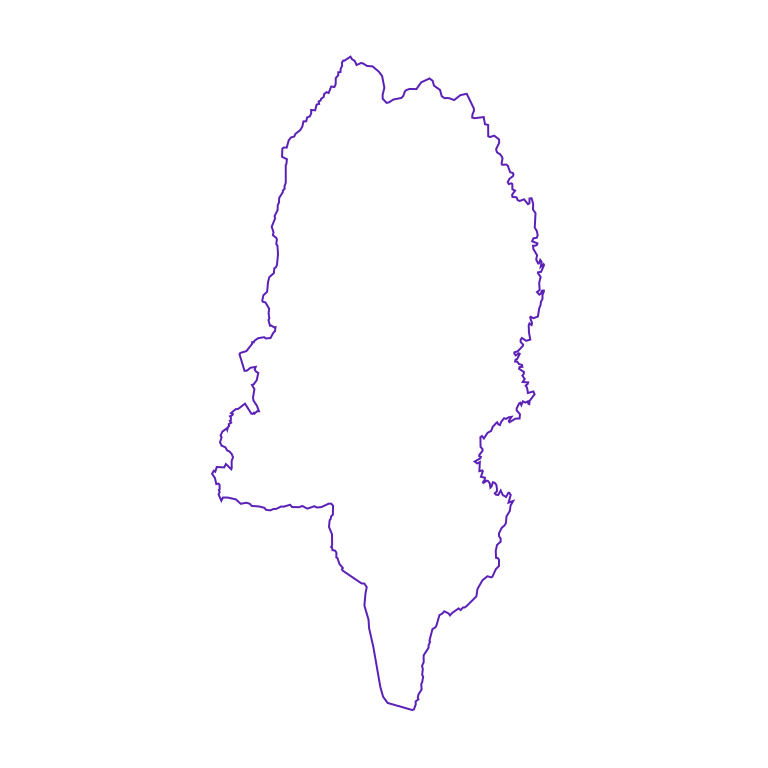 outline of Kamonyi, Southern, Rwanda, rotated 14°
{"feature_id": "39286606B23352434464252", "entity_name": "Kamonyi", "entity_type": "district", "adm_level": 2, "iso_a3": "RWA", "parent_name": "Rwanda", "parent_adm1": "Southern", "projection": "equal_earth", "projection_center": [29.885, -2.028], "detail": "fine", "context": "isolated", "style": "outline", "palette": "violet", "viewbox_px": 768, "rotation_deg": 14, "n_neighbors": 0, "source": "geoboundaries", "source_scale": "gbopen_adm2", "svg_char_len": 6127}
<svg xmlns="http://www.w3.org/2000/svg" viewBox="0 0 768 768"><g transform="rotate(14 384 384)"><path d="M489.7,181.6L486.3,178.6L485.2,173.2L482.3,168.1L480.3,168.8L481.4,173.4L480.2,174.7L475.2,170.9L471.3,173.6L469.3,173.3L467.4,170.8L463.4,171.4L462.5,169.3L464.4,164.7L461.5,164.0L460.1,158.9L458.9,158.5L456.7,159.8L455.2,158.2L456.1,154.5L458.8,151.1L459.0,149.5L458.1,148.2L455.1,147.9L451.3,142.2L449.4,141.5L445.7,142.7L444.8,141.9L444.4,136.4L443.6,135.1L441.1,133.0L437.8,132.0L436.5,130.2L436.0,128.7L437.4,122.2L436.5,118.9L430.9,116.4L426.9,118.8L425.2,118.4L422.4,107.5L419.1,107.5L416.2,100.9L407.5,104.2L405.1,104.1L404.6,100.9L405.2,97.1L404.5,94.9L394.1,82.4L388.3,85.2L383.4,91.5L377.5,90.9L373.6,92.0L370.4,90.8L367.2,85.1L360.3,82.4L357.9,78.1L354.3,76.5L347.1,82.3L344.1,90.0L337.5,91.5L334.7,93.3L333.5,94.9L333.0,99.9L331.7,102.2L324.3,105.7L320.6,109.6L318.5,110.6L313.7,107.5L312.7,103.7L312.7,96.5L307.7,85.7L303.3,82.1L296.0,78.6L290.6,79.5L286.0,78.0L284.1,78.1L280.2,81.1L277.4,77.6L274.4,76.6L272.3,74.5L267.3,79.9L266.3,80.0L265.4,82.3L266.4,85.4L265.7,88.8L266.3,91.9L264.2,92.6L264.9,95.6L263.2,98.8L264.6,105.0L264.0,107.9L260.8,108.1L259.9,115.0L257.5,114.8L255.8,117.1L256.0,120.2L254.0,122.4L254.0,124.1L252.2,125.7L253.3,127.9L251.0,129.2L251.0,135.1L247.0,135.8L247.9,139.0L247.3,142.3L244.9,144.0L245.0,147.9L242.3,148.7L242.5,153.8L241.3,157.9L237.5,162.8L237.1,165.5L234.1,167.3L232.6,170.6L232.4,178.2L229.6,178.8L228.4,180.1L230.1,188.2L235.4,189.4L236.1,194.2L235.7,195.3L240.0,212.5L239.6,216.4L240.4,218.5L239.1,220.7L239.4,222.3L237.3,228.8L238.2,233.5L237.6,235.9L238.7,241.0L237.2,247.6L238.3,249.4L237.0,258.6L240.1,263.5L240.2,266.5L244.0,268.2L245.1,269.6L245.6,274.3L247.1,275.4L249.8,283.8L251.3,294.2L251.0,296.7L249.6,298.3L250.3,303.1L246.9,308.0L246.8,313.1L248.3,322.8L245.5,327.1L245.7,332.5L246.4,333.5L249.2,333.5L254.3,338.7L255.0,343.5L256.9,348.2L256.4,349.8L258.7,354.1L259.4,355.1L260.2,354.5L264.0,355.7L265.0,355.1L265.4,359.1L264.1,361.4L262.8,366.8L258.4,368.4L256.3,367.6L250.8,370.0L247.9,373.3L247.5,375.2L246.0,375.2L246.2,377.2L242.5,385.4L237.1,388.6L236.6,390.1L245.5,405.0L247.9,404.1L250.4,400.6L255.4,398.4L255.0,401.2L256.9,403.0L259.3,403.6L259.6,411.1L257.7,415.7L256.1,416.9L259.5,420.3L260.2,429.0L261.4,431.7L265.9,435.8L269.3,440.7L267.5,441.1L265.5,444.1L264.7,443.4L263.9,444.7L262.5,444.9L253.9,436.7L248.6,443.4L246.2,444.3L242.6,449.2L244.6,449.7L244.4,450.9L242.4,452.5L243.4,453.2L244.2,456.4L243.4,457.1L245.1,458.5L243.1,460.5L243.8,462.3L243.1,463.2L243.0,466.3L242.2,465.0L238.7,469.3L237.9,473.6L239.3,474.9L239.0,480.3L241.3,483.1L245.4,483.8L248.0,486.5L250.1,486.7L253.1,488.7L255.2,491.6L254.8,495.7L256.6,502.5L256.4,503.7L250.0,499.9L249.1,503.6L241.8,505.0L241.5,509.9L239.9,509.3L238.9,512.7L242.7,516.1L245.5,521.7L247.5,520.7L248.7,521.4L250.0,525.8L249.4,526.8L250.7,528.6L250.2,531.1L254.4,536.6L255.2,533.1L259.6,532.0L268.2,531.8L274.0,534.9L279.2,532.5L282.8,532.7L285.1,534.3L292.8,533.0L298.0,533.1L299.8,534.6L304.3,534.1L307.0,532.0L309.6,531.3L313.7,527.8L316.3,527.3L322.1,523.9L324.5,525.6L331.4,524.1L334.3,522.1L339.7,523.5L346.1,519.4L348.7,520.1L353.0,518.6L359.3,513.5L361.8,512.9L364.0,514.4L366.0,523.2L364.7,525.2L364.9,528.0L364.2,529.2L365.2,536.0L369.9,542.4L372.6,552.7L372.2,555.0L373.1,555.1L374.2,557.7L376.8,557.5L378.6,559.1L379.7,563.8L380.9,564.1L384.4,569.5L388.6,572.5L388.0,574.0L389.1,575.1L410.4,582.9L413.2,582.4L416.4,585.3L416.7,591.7L418.6,603.8L426.0,616.4L428.6,624.5L437.4,642.0L453.7,678.8L458.8,687.7L464.7,692.6L490.4,693.5L491.8,692.4L492.3,687.1L491.5,684.4L493.7,681.5L492.6,680.0L492.6,676.7L494.4,671.3L492.7,666.1L493.2,664.3L492.8,658.4L491.4,657.1L490.6,651.1L489.1,648.3L489.8,644.3L488.1,637.7L491.0,629.2L490.5,626.7L491.1,622.9L490.2,622.2L490.3,610.2L492.8,607.6L493.3,605.8L493.7,594.9L496.2,592.5L497.4,590.0L502.2,591.0L504.0,592.6L505.6,589.5L510.7,583.7L513.1,584.8L514.7,581.7L516.4,581.3L518.0,579.3L525.0,567.7L524.3,560.3L527.0,550.6L530.9,545.5L534.7,545.7L535.8,544.8L537.3,536.6L539.6,532.8L538.2,526.9L536.6,525.4L534.8,525.6L532.8,518.9L532.6,512.8L535.3,508.8L534.7,506.0L532.4,503.7L531.7,501.1L533.0,495.0L535.1,492.2L535.9,489.7L534.9,482.7L536.8,476.8L536.2,471.4L537.6,466.3L533.5,469.0L533.8,461.0L531.9,459.3L531.0,459.4L529.8,464.1L526.1,463.0L523.0,459.1L521.7,464.1L519.4,464.3L517.9,463.2L519.5,461.0L518.9,458.2L517.4,454.7L515.3,453.1L513.4,453.0L513.2,457.3L512.3,458.8L510.7,454.9L508.4,453.0L507.2,452.9L504.4,455.9L503.8,455.3L504.9,452.5L504.6,450.5L500.5,450.6L501.0,444.9L500.3,444.1L497.6,445.5L495.9,436.6L493.7,438.5L490.7,437.3L495.4,432.9L495.6,431.2L493.9,431.1L493.6,429.8L495.7,425.2L495.5,423.5L492.9,421.6L490.4,412.3L491.6,410.8L494.1,412.7L496.3,406.3L499.3,403.6L499.8,399.5L502.3,394.8L503.0,393.8L504.7,395.5L506.4,395.8L506.9,392.3L508.8,388.1L510.9,388.3L512.9,386.2L515.7,385.0L514.0,389.6L515.0,390.7L520.1,385.7L523.9,384.7L523.2,380.4L519.1,377.5L518.6,375.6L519.9,370.0L520.8,369.2L522.4,371.3L523.0,367.2L525.7,367.8L527.7,366.1L528.8,368.2L529.8,368.4L529.3,365.2L532.6,357.6L530.8,355.1L525.8,357.9L523.8,353.2L521.8,351.2L523.3,349.5L523.5,347.6L518.1,348.5L519.3,345.0L516.2,342.4L517.1,340.5L516.9,338.5L511.4,336.6L511.4,334.8L514.1,333.9L513.4,332.2L510.0,331.9L507.9,330.1L505.8,330.5L505.7,328.7L507.2,327.4L508.4,321.9L507.3,321.6L504.9,324.4L503.0,322.9L502.9,321.7L505.9,319.9L509.6,313.2L509.4,312.1L506.4,310.2L505.9,308.1L506.6,306.0L511.6,307.7L515.2,305.5L512.1,298.7L510.2,291.9L510.5,290.1L512.9,291.1L513.0,289.4L509.7,284.0L510.0,283.3L513.1,284.0L517.0,281.3L516.3,272.7L516.8,269.8L516.4,266.3L517.2,263.0L516.2,259.2L516.7,256.2L516.5,254.7L514.9,255.1L514.1,258.7L513.1,259.7L510.2,257.8L512.3,255.2L510.1,248.3L510.1,242.3L506.4,239.0L506.6,238.2L509.3,237.2L510.5,229.8L509.8,229.1L507.7,232.4L507.4,227.4L505.6,225.8L505.2,229.5L504.4,229.8L501.6,226.5L501.4,222.1L496.2,216.8L495.2,213.8L497.6,213.1L498.7,212.1L498.9,210.5L493.2,209.6L493.7,206.5L496.8,205.2L497.2,202.7L495.4,198.8L492.4,195.7L489.7,181.6Z" fill="none" stroke="#5b21b6" stroke-width="2"/></g></svg>